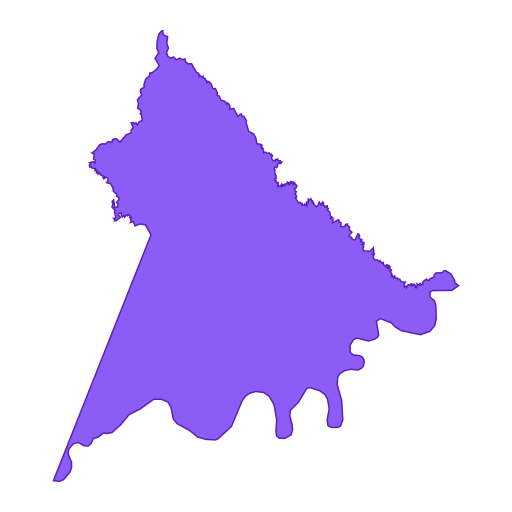 Puerto Concordia, Meta, Colombia
{"feature_id": "7082276B49783171180305", "entity_name": "Puerto Concordia", "entity_type": "district", "adm_level": 2, "iso_a3": "COL", "parent_name": "Colombia", "parent_adm1": "Meta", "projection": "robinson", "projection_center": [-72.676, 2.773], "detail": "fine", "context": "isolated", "style": "filled", "palette": "violet", "viewbox_px": 512, "rotation_deg": 0, "n_neighbors": 0, "source": "geoboundaries", "source_scale": "gbopen_adm2", "svg_char_len": 6037}
<svg xmlns="http://www.w3.org/2000/svg" viewBox="0 0 512 512"><path d="M458.6,285.6L454.5,282.5L454.8,280.8L451.0,274.0L445.6,270.6L444.1,270.8L441.8,272.9L436.3,272.8L434.3,274.6L434.0,277.1L429.7,278.9L429.2,280.3L427.2,280.2L426.6,279.1L423.5,281.2L422.3,282.9L422.8,284.5L420.1,285.0L420.3,282.8L419.1,285.1L417.0,283.8L417.5,285.4L416.1,287.9L415.0,287.2L415.6,285.5L413.8,284.1L412.4,285.5L411.7,283.8L410.6,284.1L410.8,285.6L408.2,284.6L406.3,287.7L405.8,286.2L404.4,286.8L404.2,284.4L405.3,282.1L401.4,281.8L399.7,279.2L398.0,279.6L397.5,278.0L395.6,278.2L394.6,276.0L393.4,277.8L392.6,275.7L391.3,276.4L391.8,273.8L389.7,271.1L391.4,270.7L391.4,269.9L389.3,268.6L389.9,267.4L387.7,268.3L386.6,267.4L389.2,266.3L389.0,265.4L386.7,264.8L384.9,266.1L383.5,264.6L383.3,262.5L381.9,263.2L380.0,260.6L379.2,261.7L377.0,259.9L374.7,259.9L373.1,257.5L374.3,253.9L372.4,254.1L373.9,252.4L373.3,247.8L370.1,251.3L364.0,250.9L362.6,248.2L363.6,247.1L363.5,244.9L362.4,244.5L364.0,244.1L364.0,242.5L359.9,241.4L361.6,241.4L361.0,240.3L361.9,239.9L358.8,237.9L359.6,236.2L359.0,234.3L357.9,233.8L355.3,239.6L353.8,239.8L351.5,238.5L351.7,237.4L349.2,236.5L349.5,234.9L351.9,232.2L349.3,229.9L349.6,227.1L347.2,225.0L347.5,224.1L345.4,224.4L345.3,226.0L343.7,226.6L340.8,226.6L341.0,222.8L338.8,221.7L339.2,220.3L338.1,219.9L332.4,222.9L333.0,219.6L330.4,218.3L330.9,217.1L332.2,217.4L330.3,215.7L329.8,212.1L327.5,210.2L328.4,208.5L327.1,207.7L327.2,206.6L326.0,206.9L326.6,206.0L324.9,206.4L323.0,204.8L323.6,203.0L322.9,202.0L320.6,204.8L319.2,202.1L317.9,205.7L316.3,206.6L313.8,204.4L313.6,202.6L312.4,203.1L312.6,200.9L311.7,200.9L310.8,198.7L309.1,200.4L308.3,199.3L308.1,202.7L306.6,202.1L306.7,206.0L304.8,204.0L304.0,205.3L302.3,205.0L302.2,203.7L301.5,204.1L300.5,202.4L298.4,202.7L295.3,198.0L296.4,197.7L296.4,195.5L295.0,194.2L296.4,191.8L295.4,191.3L294.6,188.5L296.1,187.8L296.9,185.8L294.9,183.6L294.0,184.3L294.4,183.3L293.2,183.6L293.6,182.2L290.9,181.7L291.4,182.9L289.5,182.9L290.0,183.9L289.1,184.9L288.0,183.2L288.5,182.4L287.3,182.0L287.2,183.8L285.0,184.1L284.9,185.5L283.0,186.0L283.4,184.6L281.9,185.2L281.7,184.1L280.9,185.2L281.3,186.6L278.7,185.9L278.1,186.7L277.4,185.8L278.3,185.6L278.3,182.5L277.1,183.0L275.3,181.2L276.2,180.8L275.0,179.0L276.1,178.4L276.1,175.9L274.8,173.5L274.9,169.5L274.0,168.4L275.2,166.8L276.8,167.7L277.7,165.9L277.4,163.9L279.8,162.4L279.8,163.6L280.6,163.6L281.6,162.1L280.7,162.4L280.4,160.8L277.7,160.4L277.8,159.1L275.3,159.5L275.3,161.0L273.0,160.7L271.5,158.0L272.4,155.5L271.5,154.2L270.6,154.8L269.1,152.9L267.4,153.4L265.3,152.0L263.6,152.8L263.1,149.4L262.0,148.7L262.8,148.2L261.2,147.5L262.0,145.7L261.0,145.3L261.4,144.5L257.0,143.7L255.7,137.6L253.3,133.6L248.7,131.4L246.2,123.0L246.5,121.0L244.0,116.4L242.3,116.5L241.1,113.9L237.7,116.3L233.8,108.5L229.5,109.0L230.0,106.3L229.0,104.1L227.3,102.9L226.8,104.3L225.0,101.4L220.7,100.1L219.4,96.2L217.0,95.4L217.3,92.9L215.4,88.5L213.0,88.8L211.1,83.8L208.8,81.5L206.9,82.7L207.0,81.0L205.0,79.4L205.3,78.6L203.1,77.7L203.0,76.5L202.2,77.4L199.8,75.2L199.2,76.2L198.5,73.3L196.4,72.3L191.5,63.7L188.1,63.9L185.7,61.7L184.8,58.9L182.9,59.7L179.7,58.2L176.3,59.8L173.6,57.0L170.9,58.1L168.0,56.6L166.5,52.6L168.4,48.1L166.8,43.3L167.6,36.6L164.4,35.5L163.0,34.0L162.8,30.7L161.6,30.9L158.8,34.1L157.1,41.4L156.9,48.4L158.7,52.8L155.0,58.3L159.1,65.6L157.1,68.6L152.6,72.4L149.9,73.1L149.5,75.6L145.7,79.1L144.0,84.6L144.1,87.3L140.9,89.1L140.4,91.5L141.7,95.1L137.5,99.5L138.5,103.8L137.6,108.3L140.2,109.6L141.3,112.2L140.2,113.6L141.6,115.4L142.2,120.4L139.1,121.8L137.4,124.9L135.9,122.8L134.3,123.9L133.4,122.5L131.1,122.9L133.3,127.8L131.2,129.8L131.1,132.9L126.1,134.8L120.0,142.1L116.7,138.9L115.0,138.7L112.4,139.6L112.4,141.4L111.5,142.0L107.8,141.7L105.8,144.0L101.9,143.8L99.6,144.9L96.2,149.7L93.3,152.0L93.6,152.7L92.1,153.0L94.2,154.2L93.6,159.0L95.4,160.3L95.2,162.6L94.5,163.1L93.6,161.8L89.7,162.5L90.7,163.6L89.3,165.2L89.9,167.2L91.2,166.7L92.2,168.1L95.4,168.6L94.9,170.6L96.7,170.4L97.8,171.6L96.5,171.8L96.5,172.9L98.2,172.5L98.1,174.1L99.3,173.1L100.5,173.7L100.2,174.7L104.3,176.6L104.0,178.0L103.3,177.8L103.8,178.8L105.9,177.3L107.6,177.9L108.2,179.0L107.5,182.1L105.8,182.5L110.5,183.6L112.9,187.9L113.3,191.1L117.0,194.7L116.5,196.3L118.8,197.3L118.6,199.8L116.5,202.5L118.0,203.6L117.5,207.0L114.8,207.4L113.6,199.9L112.1,201.5L112.8,203.7L112.0,207.1L115.4,210.6L114.5,211.3L115.7,217.0L114.8,218.5L113.7,218.4L114.9,219.8L114.4,220.8L116.3,220.6L120.6,217.3L118.2,214.9L119.0,213.1L121.4,213.3L121.4,215.4L122.5,216.9L123.5,215.7L124.8,217.1L126.2,215.0L127.5,215.7L128.4,214.5L130.2,215.9L129.6,217.5L131.4,217.5L130.4,219.6L131.4,220.8L130.4,222.4L133.3,221.6L135.1,225.9L139.7,224.0L145.3,224.8L151.0,234.9L53.4,480.7L59.7,481.3L63.7,479.5L70.0,472.1L71.6,467.2L71.5,462.2L68.5,454.8L68.3,451.4L69.3,448.4L73.1,444.0L78.1,442.4L84.1,445.8L88.3,446.0L90.9,443.6L93.5,438.4L98.1,437.2L103.4,433.0L106.4,433.5L112.1,432.5L121.0,424.4L129.1,414.6L140.1,409.0L153.7,399.3L161.3,399.2L167.9,402.0L171.0,407.4L173.3,419.1L177.2,423.7L189.7,430.6L197.7,437.0L205.5,439.3L215.3,439.9L218.0,438.9L231.3,426.5L242.2,400.8L245.3,396.4L249.4,393.3L255.7,391.5L263.5,392.4L269.1,396.2L274.0,404.6L276.7,420.1L275.9,431.1L276.6,435.9L279.3,438.2L284.7,438.4L291.0,434.9L292.6,430.0L292.2,424.9L289.8,415.9L290.4,410.4L298.7,401.8L306.2,389.3L307.4,388.1L310.4,387.7L320.3,391.0L325.0,394.7L327.6,399.5L329.2,408.8L327.2,419.7L327.9,425.5L331.3,427.4L338.0,427.4L340.6,425.9L342.8,419.9L341.7,400.7L337.2,384.4L337.8,376.9L339.9,373.6L345.1,370.4L351.1,369.3L357.9,370.0L361.1,368.5L363.3,366.1L364.1,363.3L364.1,360.1L362.2,356.9L359.8,355.6L353.4,355.0L350.3,352.4L350.0,345.3L353.7,339.5L356.9,338.0L368.5,341.0L374.6,339.2L377.4,337.4L378.7,335.0L376.4,321.3L380.2,318.6L391.2,322.7L395.7,327.3L401.4,330.7L420.5,334.7L429.9,331.3L434.7,325.7L436.2,319.1L435.9,305.4L434.4,300.8L429.9,297.0L430.2,291.8L432.5,290.6L451.9,290.4L458.6,285.6Z" fill="#8b5cf6" stroke="#5b21b6" stroke-width="1.5"/></svg>